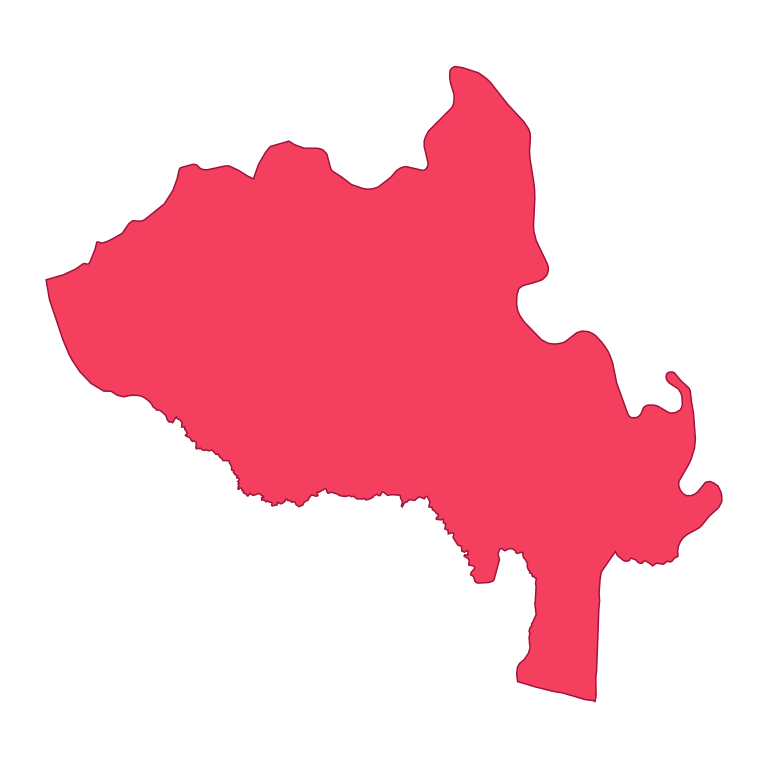 outline of Kho Wang, Yasothon, Thailand
{"feature_id": "78962969B41182893355114", "entity_name": "Kho Wang", "entity_type": "district", "adm_level": 2, "iso_a3": "THA", "parent_name": "Thailand", "parent_adm1": "Yasothon", "projection": "natural_earth1", "projection_center": [104.347, 15.375], "detail": "fine", "context": "isolated", "style": "filled", "palette": "rose", "viewbox_px": 768, "rotation_deg": 0, "n_neighbors": 0, "source": "geoboundaries", "source_scale": "gbopen_adm2", "svg_char_len": 6103}
<svg xmlns="http://www.w3.org/2000/svg" viewBox="0 0 768 768"><path d="M595.0,701.5L596.1,695.9L595.8,677.2L596.6,670.7L598.8,609.7L599.6,600.8L599.1,592.6L600.1,579.3L600.9,574.0L601.8,571.2L615.4,551.6L617.5,555.6L623.6,560.6L625.4,561.2L628.5,560.9L629.5,560.3L630.2,558.7L631.5,558.3L635.6,559.8L638.2,562.4L640.1,563.4L642.4,563.1L644.0,560.9L645.6,561.0L649.4,563.2L652.6,565.9L656.3,563.2L663.5,564.2L667.0,561.3L670.4,561.9L671.7,561.4L674.4,558.2L678.0,556.3L677.6,550.8L678.6,545.6L680.4,541.7L683.4,537.5L687.3,534.4L699.1,527.9L702.3,524.8L709.1,516.3L718.6,507.7L721.5,502.3L721.9,500.4L721.7,495.2L720.7,491.5L718.0,486.0L713.6,482.9L709.8,481.5L705.6,482.2L697.6,492.0L694.9,494.0L691.0,495.7L686.4,495.6L683.6,494.1L680.9,491.0L679.5,488.2L678.6,485.1L679.1,481.0L688.1,465.5L691.0,459.6L694.5,448.2L695.4,438.9L693.5,413.3L691.4,401.2L690.2,390.6L688.5,387.6L680.9,380.7L674.4,372.8L672.0,371.9L668.6,372.3L666.6,374.1L666.0,377.4L667.0,380.3L669.1,382.9L678.4,389.0L680.8,392.9L681.9,396.5L682.4,404.7L681.4,408.1L679.8,410.2L675.2,412.7L670.7,413.1L668.1,412.2L657.5,406.0L653.7,405.1L648.0,405.1L645.8,405.8L643.6,407.5L641.1,413.6L639.4,415.8L636.3,417.7L631.5,417.7L629.4,416.4L627.9,414.2L616.7,383.0L612.8,363.7L610.1,355.7L607.9,351.1L604.6,346.1L601.4,341.8L595.8,335.8L592.1,333.3L588.3,331.6L582.0,331.1L576.8,332.7L565.8,341.2L562.9,342.7L557.7,343.8L553.7,344.0L548.2,343.3L541.4,339.7L524.3,322.1L519.9,315.7L517.7,310.6L516.6,304.1L516.9,295.2L518.6,289.3L519.5,288.1L522.8,285.7L537.6,281.5L542.3,279.7L546.4,275.7L547.8,272.7L548.4,269.6L548.2,266.5L547.1,263.4L536.2,240.6L533.8,231.0L533.5,225.5L534.8,198.6L534.6,189.9L534.1,184.4L530.0,158.7L529.5,150.8L530.4,137.9L530.1,133.3L528.6,128.9L523.9,121.8L507.7,104.3L489.9,81.8L486.3,78.5L478.4,72.8L462.3,67.6L454.9,66.5L452.0,68.0L450.4,69.8L449.9,71.5L449.7,77.7L450.6,83.3L454.0,94.4L454.1,98.6L453.5,104.1L451.8,107.7L428.6,131.0L425.5,136.9L424.2,140.9L424.2,146.6L428.1,163.2L427.7,166.0L426.6,168.1L424.9,169.9L422.7,170.4L406.2,166.6L403.4,167.0L400.3,168.1L396.5,170.6L390.9,177.2L377.9,187.2L372.2,188.9L367.5,189.2L363.0,188.5L351.5,184.6L341.5,176.9L332.4,171.1L331.1,169.4L330.1,166.2L326.8,154.0L323.2,150.1L320.2,148.8L316.6,148.2L304.1,148.2L294.3,144.6L289.0,141.1L270.9,146.3L269.5,147.4L265.3,152.7L258.5,164.4L253.4,178.9L246.8,175.6L238.4,170.3L229.0,165.9L225.0,166.0L207.1,169.8L202.7,169.5L199.7,168.0L196.8,165.0L194.5,164.4L192.9,164.3L181.8,167.3L180.0,168.1L179.1,170.0L177.1,178.9L173.0,190.2L164.3,203.9L144.1,220.1L140.7,221.2L132.7,220.7L128.8,223.7L122.3,233.2L114.8,237.6L108.5,240.9L102.3,243.1L97.7,241.9L96.8,242.2L94.9,249.7L89.8,262.4L88.5,263.8L87.1,264.1L84.3,263.5L82.9,263.9L75.4,269.2L63.0,274.9L46.1,279.8L49.5,299.7L63.0,339.9L69.0,354.2L72.3,360.4L79.8,371.6L91.1,383.5L103.8,391.1L111.0,391.2L117.4,395.3L123.7,396.8L130.8,395.3L136.0,395.3L140.1,395.8L144.0,397.4L149.0,401.1L151.4,403.7L153.0,406.8L155.6,408.7L156.4,410.0L159.9,410.2L164.5,414.1L166.2,416.3L167.4,420.2L169.5,422.2L171.1,421.7L172.7,422.7L175.8,417.4L176.6,416.9L177.1,418.6L180.0,419.8L182.0,422.8L181.6,427.0L184.8,427.2L184.7,429.4L185.9,430.5L187.2,433.8L185.4,435.1L185.4,435.6L190.3,438.1L191.0,440.1L192.6,441.5L193.7,440.6L195.8,442.1L196.3,443.9L195.8,447.7L196.3,448.8L197.0,448.9L198.0,448.1L199.5,448.8L200.5,448.2L202.0,449.8L204.5,450.4L206.3,449.9L209.0,450.9L211.9,449.9L216.2,454.5L218.1,454.0L219.9,457.3L221.8,458.4L222.8,460.5L228.8,460.8L229.5,462.9L231.6,466.5L231.5,469.5L232.1,470.3L233.7,470.5L233.4,472.2L234.8,474.3L237.4,476.1L237.4,476.7L236.6,477.1L236.7,477.9L238.4,478.1L239.5,479.5L237.7,481.5L239.1,482.8L238.0,484.2L239.1,485.7L238.1,487.0L238.0,489.2L238.8,489.2L240.2,488.0L241.7,488.3L242.1,490.5L243.4,490.9L243.3,492.7L246.4,494.4L247.2,495.9L248.1,495.9L249.9,493.4L251.9,494.9L253.9,495.3L259.1,493.4L262.1,495.8L263.8,496.2L263.4,497.4L261.6,497.7L261.7,500.1L264.5,500.1L265.9,501.9L267.7,501.0L269.2,502.1L271.4,502.3L271.9,503.0L271.6,505.2L272.1,505.9L277.1,504.9L277.2,502.6L277.6,502.3L280.5,503.8L281.8,503.6L285.0,501.2L285.7,499.4L286.6,499.0L287.6,500.5L290.3,500.8L291.8,502.3L293.7,501.8L295.2,502.3L296.0,504.7L299.1,506.7L302.9,504.9L304.2,502.2L308.3,499.9L309.0,497.8L309.9,497.3L311.1,495.1L314.2,495.5L315.5,496.2L317.7,495.9L318.0,495.1L316.9,492.9L317.1,492.3L319.2,492.1L325.1,488.7L326.1,489.0L327.2,492.4L328.1,493.3L331.3,492.2L337.8,494.2L339.0,495.3L340.6,495.8L344.7,496.5L349.6,495.6L351.3,496.7L353.5,496.3L357.0,498.9L363.1,499.0L364.6,498.5L366.0,500.0L369.9,498.9L373.2,497.1L374.2,495.6L376.4,494.4L379.2,495.7L380.2,495.5L382.1,492.1L383.6,492.1L387.4,495.3L392.1,494.7L399.3,495.1L400.2,495.6L400.7,498.3L402.5,502.0L401.3,506.0L402.2,506.9L404.5,502.8L407.2,501.8L409.3,499.6L414.8,500.4L417.4,498.0L419.6,496.8L424.3,498.8L426.0,496.5L426.7,496.3L427.5,497.0L429.9,501.9L428.8,506.9L432.0,507.4L432.5,509.8L434.9,511.1L436.4,513.6L438.4,514.2L438.3,515.7L436.2,518.3L436.4,519.3L441.0,519.9L442.6,519.1L443.3,519.3L443.4,522.9L445.9,524.1L444.7,528.8L448.0,530.3L448.3,533.9L452.0,532.8L453.6,533.5L453.8,534.9L453.0,537.4L457.9,545.2L461.1,546.1L461.5,546.6L461.8,551.1L464.5,552.2L466.9,550.6L467.9,551.0L467.8,554.9L464.6,554.9L464.1,556.1L467.5,558.2L468.9,559.8L469.3,561.5L468.6,564.2L468.9,565.2L473.2,565.8L474.5,566.8L474.5,568.5L471.4,572.1L470.6,574.8L473.5,576.5L474.9,581.2L475.9,582.4L478.0,583.1L489.1,582.5L493.0,581.0L494.0,579.8L499.5,559.6L498.0,553.9L499.9,548.8L501.6,548.6L504.9,550.8L508.8,548.7L512.3,548.8L515.1,550.4L515.9,552.5L516.9,553.4L521.5,552.3L522.7,552.6L523.4,557.6L525.2,559.3L527.4,563.4L527.2,566.8L528.7,570.4L529.8,571.2L529.6,572.8L531.9,573.7L532.0,575.6L532.6,576.7L534.1,576.4L534.7,577.6L536.3,578.5L535.5,583.9L536.1,586.0L535.3,601.3L534.8,602.8L536.1,614.6L532.5,622.8L531.5,623.6L531.7,625.7L530.1,627.7L529.0,631.2L529.8,633.2L529.1,637.3L529.6,644.5L530.2,647.2L528.4,653.3L524.1,659.7L519.7,663.3L517.4,667.4L516.7,673.8L517.6,681.6L535.6,687.0L553.7,691.5L562.0,692.8L585.3,699.6L592.7,700.5L595.0,701.5Z" fill="#f43f5e" stroke="#9f1239" stroke-width="1.5"/></svg>